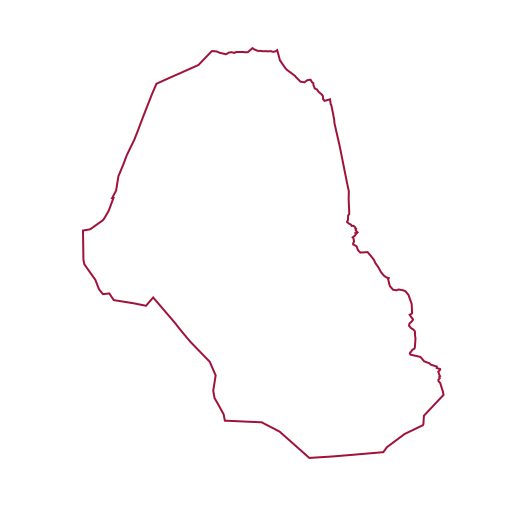 San Martín Huamelúlpam, Oaxaca, Mexico, rotated 84°
{"feature_id": "50627088B44400770228154", "entity_name": "San Martín Huamelúlpam", "entity_type": "district", "adm_level": 2, "iso_a3": "MEX", "parent_name": "Mexico", "parent_adm1": "Oaxaca", "projection": "natural_earth1", "projection_center": [-97.612, 17.395], "detail": "fine", "context": "isolated", "style": "outline", "palette": "rose", "viewbox_px": 512, "rotation_deg": 84, "n_neighbors": 0, "source": "geoboundaries", "source_scale": "gbopen_adm2", "svg_char_len": 2815}
<svg xmlns="http://www.w3.org/2000/svg" viewBox="0 0 512 512"><g transform="rotate(84 256 256)"><path d="M53.5,213.4L54.5,215.3L54.7,216.8L54.6,218.2L53.8,219.8L53.8,222.0L53.3,225.2L53.1,227.7L52.5,230.0L52.2,232.8L50.3,236.2L48.9,237.8L52.4,242.7L52.4,244.1L52.1,246.2L51.8,247.2L51.0,254.5L51.8,256.2L50.7,259.2L50.8,259.8L50.9,261.9L51.6,263.2L52.2,265.2L51.7,266.2L50.2,270.7L48.4,273.9L48.1,275.5L47.6,278.5L54.7,287.0L60.0,293.2L63.4,303.6L70.3,325.0L74.3,337.0L84.1,342.5L105.1,353.4L120.0,360.9L127.7,364.9L135.5,369.8L142.3,374.0L150.5,378.1L159.8,383.1L162.0,384.4L176.3,388.3L183.3,393.0L183.4,391.7L195.7,397.8L202.4,402.7L204.4,404.5L212.1,418.1L212.6,425.4L241.4,428.0L246.3,427.6L248.4,426.4L252.2,424.3L257.9,421.1L262.8,418.3L272.7,415.6L277.9,412.2L277.9,405.8L285.0,402.1L290.3,382.4L294.0,370.6L286.5,362.6L313.3,344.1L322.3,338.4L330.6,332.9L334.9,329.9L338.2,327.3L346.5,320.8L356.3,313.1L370.5,308.6L385.5,312.6L392.9,312.1L399.9,309.0L410.2,304.7L416.5,304.2L417.7,296.2L420.6,277.1L422.0,267.7L425.8,262.0L433.1,250.9L462.4,224.1L463.4,199.8L463.9,177.0L463.9,175.6L464.3,155.7L464.4,149.9L459.8,145.8L448.6,126.9L441.7,107.7L440.7,107.1L432.4,105.7L413.7,84.0L410.5,84.3L401.5,86.1L399.6,87.5L398.6,87.7L397.9,87.4L397.0,86.1L395.3,86.3L394.7,85.5L394.1,85.9L390.1,86.8L388.3,84.7L388.1,84.7L387.6,84.8L386.6,87.3L386.3,88.0L384.9,87.7L382.4,93.4L380.8,94.8L378.3,99.8L374.7,102.2L373.5,103.2L370.2,112.8L369.5,112.9L368.7,113.1L368.0,112.7L367.4,111.7L366.7,111.2L365.7,110.4L365.3,109.6L365.1,108.7L364.1,107.8L363.2,107.5L354.6,106.0L353.4,106.1L350.6,106.1L348.4,105.8L347.0,106.1L345.3,107.5L343.8,109.5L343.2,109.8L341.4,111.1L339.3,110.5L338.2,109.0L338.0,108.6L335.9,106.6L335.4,106.5L332.4,108.3L330.5,109.3L329.9,107.7L329.2,106.7L319.9,106.2L310.7,108.4L306.7,111.0L305.6,113.0L305.3,114.0L304.2,117.6L304.8,119.9L303.9,123.2L300.1,125.9L298.4,126.3L293.0,127.0L291.9,126.3L291.0,128.4L289.0,130.8L285.4,133.2L279.4,135.8L277.7,136.8L275.3,138.1L272.4,139.0L269.4,140.8L263.8,144.6L263.5,151.9L260.8,154.0L257.0,154.9L256.0,156.1L255.2,157.3L254.8,158.1L253.9,158.2L251.9,157.0L248.5,157.2L247.6,157.9L246.1,155.6L245.4,154.9L244.7,154.4L243.7,154.7L243.8,153.3L243.1,152.5L240.9,154.2L239.5,153.6L239.2,154.3L237.8,154.3L236.1,156.0L236.1,157.7L234.8,158.2L233.2,160.5L231.7,161.9L229.8,160.8L225.4,160.2L224.0,158.9L223.4,158.8L209.1,157.9L201.1,156.9L197.2,157.4L155.4,161.3L132.1,164.1L128.3,164.0L115.0,165.2L113.4,165.5L112.7,165.9L107.9,166.0L108.9,171.6L106.8,173.0L104.0,172.7L102.1,173.8L99.3,176.6L96.8,177.9L95.5,180.1L92.0,181.0L89.9,181.0L89.1,182.1L86.4,183.3L86.5,186.6L88.3,189.6L87.3,193.5L82.4,197.5L81.0,198.3L74.4,205.5L72.9,206.7L71.2,207.8L66.9,210.1L65.1,211.1L64.4,211.3L64.1,211.7L53.5,213.4Z" fill="none" stroke="#9f1239" stroke-width="2"/></g></svg>